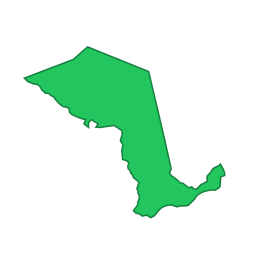 Tamandaré, Pernambuco, Brazil, rotated 52°
{"feature_id": "56859067B61914387336292", "entity_name": "Tamandaré", "entity_type": "district", "adm_level": 2, "iso_a3": "BRA", "parent_name": "Brazil", "parent_adm1": "Pernambuco", "projection": "natural_earth1", "projection_center": [-35.18, -8.746], "detail": "fine", "context": "isolated", "style": "filled", "palette": "green", "viewbox_px": 256, "rotation_deg": 52, "n_neighbors": 0, "source": "geoboundaries", "source_scale": "gbopen_adm2", "svg_char_len": 1730}
<svg xmlns="http://www.w3.org/2000/svg" viewBox="0 0 256 256"><g transform="rotate(52 128 128)"><path d="M24.9,179.0L29.9,178.3L34.8,175.5L37.2,173.2L40.2,171.8L45.5,172.4L49.8,171.6L51.9,169.2L55.4,168.6L58.2,167.1L60.2,167.7L67.2,167.1L71.4,165.8L73.8,163.5L76.5,162.5L79.7,164.5L82.7,163.9L86.0,162.4L92.9,158.3L95.1,155.9L97.6,160.1L103.2,158.7L101.2,157.3L99.5,155.5L98.8,151.8L101.0,151.0L103.6,150.0L106.3,148.9L107.6,152.8L110.6,149.4L117.4,137.4L126.3,134.4L129.6,136.6L131.3,139.1L133.4,141.9L137.9,142.1L141.9,146.8L146.4,149.6L149.4,151.6L153.6,148.9L156.0,149.0L158.2,151.8L160.3,153.0L162.6,152.5L165.3,153.6L167.5,153.3L170.5,154.3L175.6,153.0L178.0,153.0L179.2,155.2L181.2,158.3L183.7,158.8L185.5,160.3L188.8,160.9L190.8,163.0L191.9,165.1L194.6,168.0L195.4,170.8L196.6,174.7L200.1,174.1L203.0,171.7L206.1,171.1L208.3,166.8L212.7,165.3L213.4,160.8L212.5,157.3L211.6,153.2L211.6,150.0L212.1,147.2L213.5,143.9L215.9,140.7L218.1,139.4L220.4,137.8L221.8,134.3L224.6,131.0L226.0,128.2L225.7,124.7L225.1,119.4L223.8,116.0L223.7,112.3L224.7,107.8L225.7,105.1L226.9,102.8L228.2,100.4L230.7,97.6L231.1,94.2L230.9,91.7L228.8,89.7L226.5,87.6L223.6,85.0L224.9,81.0L223.0,79.6L219.2,78.3L213.2,77.4L213.7,79.9L212.9,82.4L212.3,86.0L213.5,89.5L214.2,92.2L214.6,95.2L216.5,97.0L218.7,97.9L218.4,101.7L217.5,105.3L217.9,108.1L218.4,111.3L216.7,113.7L213.6,113.9L212.9,116.5L210.9,117.3L207.8,118.2L205.5,118.7L203.5,120.6L198.6,121.3L195.3,122.2L192.2,123.2L189.0,123.1L186.8,119.1L163.9,108.3L161.5,107.1L150.2,101.9L147.9,100.8L145.6,99.7L96.3,77.0L92.3,79.2L89.2,81.1L85.9,83.0L72.0,91.0L59.9,98.0L50.8,103.3L42.9,107.7L39.2,110.0L40.3,128.9L34.6,147.4L24.9,179.0Z" fill="#22c55e" stroke="#15803d" stroke-width="1.5"/></g></svg>